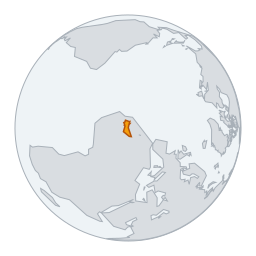 the Earth from above Adrar, rotated 107°
{"feature_id": "MRT-2795", "entity_name": "Adrar", "entity_type": "Region", "adm_level": 1, "iso_a3": "MRT", "parent_name": "Mauritania", "parent_adm1": "", "projection": "orthographic", "projection_center": [-10.597, 21.416], "detail": "fine", "context": "on_globe", "style": "filled", "palette": "amber", "viewbox_px": 256, "rotation_deg": 107, "n_neighbors": 0, "source": "natural_earth", "source_scale": "10m", "svg_char_len": 9112}
<svg xmlns="http://www.w3.org/2000/svg" viewBox="0 0 256 256"><g transform="rotate(107 128 128)"><circle cx="128" cy="128" r="113" fill="#eef3f6" stroke="#a8b0b8"/><path d="M34.1,65.8L25.7,80.9L26.5,79.1L34.1,65.8ZM56.6,40.9L59.4,38.7L56.9,40.7L59.6,38.6L63.0,36.1L64.5,35.0L78.4,27.0L87.9,22.8L97.1,19.7L106.6,17.4L105.9,17.5L111.2,16.7L107.9,17.7L95.2,21.5L94.6,22.8L85.1,28.9L87.4,28.4L85.2,30.8L86.9,31.1L84.7,32.5L88.0,31.7L89.7,30.4L91.8,29.7L93.0,29.9L90.3,31.5L89.3,31.7L89.2,32.3L87.3,33.1L88.9,32.8L85.5,35.0L90.6,33.2L89.3,35.3L86.6,36.7L84.7,36.0L73.6,38.6L70.2,40.3L67.4,43.2L66.9,49.3L64.1,51.7L62.0,55.4L64.5,54.1L67.1,50.9L71.3,49.8L73.9,46.3L76.0,45.5L79.7,42.4L81.5,43.6L81.3,46.5L78.4,49.2L78.2,50.7L82.9,48.8L79.3,55.0L80.2,61.3L79.1,63.0L73.3,64.5L68.4,62.2L60.9,65.4L68.2,64.2L65.1,69.0L65.6,70.3L67.1,70.8L69.2,69.4L68.7,71.4L61.3,73.0L61.7,71.1L64.0,70.6L61.7,69.7L56.7,71.4L55.6,74.0L49.3,74.7L48.4,76.8L46.5,78.2L48.4,74.9L44.9,81.1L37.3,84.9L32.4,96.2L34.6,86.0L33.8,83.6L32.4,82.1L31.5,83.9L30.8,80.2L28.1,81.8L24.0,89.8L21.7,97.3L22.8,100.3L24.5,97.3L26.1,98.5L21.9,107.3L24.2,112.1L22.2,119.5L22.4,124.4L24.3,125.0L26.1,128.6L28.4,125.3L31.6,124.8L30.6,131.1L33.3,126.4L34.5,130.5L41.6,133.8L40.8,134.9L46.7,145.2L54.7,151.4L56.6,156.6L55.4,159.1L58.6,160.8L58.7,162.7L72.8,169.1L81.3,175.2L81.8,181.4L76.4,187.0L75.2,200.1L66.4,201.9L66.8,206.6L64.4,212.0L58.7,209.4L63.0,213.7L62.0,214.8L59.1,213.6L60.9,215.9L58.8,214.9L61.9,217.2L62.1,218.7L66.1,221.7L67.2,222.8L69.9,224.5L69.0,224.0L59.9,217.7L59.2,217.1L57.9,216.2L54.5,212.9L54.4,213.1L48.0,206.2L45.0,201.1L36.6,183.1L34.1,178.4L28.9,171.1L22.3,152.8L22.8,147.5L21.9,143.8L24.9,137.3L25.0,128.3L24.1,126.3L22.8,128.6L20.8,120.4L21.2,113.0L21.2,93.1L22.5,88.9L24.6,83.8L34.9,64.6L39.7,58.1L44.9,52.0L50.5,46.2L56.6,40.9ZM30.6,99.8L33.4,108.8L30.4,107.4L31.2,106.8L30.8,103.7L29.6,99.9L27.3,99.2L30.6,99.8ZM35.1,95.3L34.5,94.3L35.3,94.8L35.1,95.3ZM65.0,34.7L62.9,36.2L59.3,38.8L60.8,37.6L65.0,34.7ZM72.0,30.3L71.5,30.6L68.9,32.1L72.0,30.3ZM78.4,42.1L79.0,42.3L78.0,42.7L78.4,42.1ZM79.4,40.7L77.8,41.1L78.1,40.5L79.0,40.2L79.4,40.7ZM81.3,40.3L78.7,39.4L79.2,38.4L83.2,36.7L81.3,40.3ZM120.3,15.6L120.6,15.6L118.8,15.7L120.3,15.6ZM89.8,30.0L88.0,31.3L88.4,30.0L89.8,30.0ZM89.5,29.4L87.8,27.1L91.0,25.4L91.0,26.4L94.3,24.3L96.7,24.6L95.4,25.8L92.9,26.8L95.7,26.2L89.5,29.4ZM120.4,15.7L121.4,15.7L119.9,15.8L120.4,15.7ZM92.6,29.3L92.0,28.9L94.8,27.4L96.5,28.0L95.1,28.3L92.6,29.3ZM93.9,23.8L96.3,22.9L98.9,22.8L100.2,22.5L97.0,24.5L93.9,23.8ZM95.1,28.7L97.4,28.3L97.2,29.3L93.5,29.7L95.1,28.7ZM94.7,26.8L96.1,26.2L95.9,26.7L94.7,26.8ZM97.7,32.8L96.9,32.1L98.2,31.3L97.7,32.8ZM98.3,28.1L98.3,27.8L98.8,27.4L100.2,27.4L98.3,28.1ZM99.1,24.4L99.7,24.6L100.5,23.5L102.5,23.6L100.1,25.0L102.0,24.4L102.6,24.4L99.9,25.6L99.1,24.4ZM103.0,26.4L100.6,28.4L101.8,29.8L100.6,30.5L98.8,28.3L103.0,26.4ZM101.4,25.8L102.1,26.3L100.3,26.9L98.7,26.9L101.4,25.8ZM104.8,23.2L102.4,22.7L103.0,22.5L104.8,23.2ZM103.8,26.6L104.3,26.1L104.1,26.6L103.8,26.6ZM104.9,24.1L103.9,23.9L104.7,23.6L104.9,24.1ZM106.3,25.4L105.5,26.0L104.3,26.0L106.3,25.4ZM105.9,24.7L107.2,24.3L104.4,25.6L105.4,24.6L105.9,24.7ZM105.7,23.8L105.9,23.6L106.0,23.9L105.7,23.8ZM111.1,25.2L107.8,26.9L105.3,26.8L108.8,25.2L111.1,25.2ZM70.1,224.6L75.0,227.4L74.7,227.2L70.1,224.6ZM74.2,226.6L75.5,226.9L76.6,227.5L76.1,227.5L74.2,226.6ZM231.2,82.8L231.9,84.5L236.3,98.6L238.8,108.8L239.5,114.8L235.7,103.2L232.2,94.3L232.0,96.6L227.1,91.4L222.1,96.3L220.3,94.4L219.6,96.6L216.0,96.0L213.0,92.7L211.3,94.2L219.2,102.7L220.9,101.2L220.8,95.8L222.8,99.3L226.2,101.0L226.2,113.0L217.0,128.6L214.4,121.3L198.6,104.2L198.1,101.7L197.9,101.4L197.6,101.0L198.0,105.3L194.7,101.9L205.0,114.5L207.4,120.6L216.9,129.2L216.4,130.7L219.0,132.1L225.0,125.2L225.4,127.8L223.6,141.8L213.7,163.0L214.1,173.0L211.7,182.1L203.4,190.7L202.0,196.9L197.4,200.5L195.7,204.2L190.8,208.9L183.4,214.0L173.2,216.6L174.2,213.7L171.7,208.7L168.8,194.6L173.2,186.6L173.0,180.8L165.4,168.8L167.2,160.9L164.7,158.0L159.9,159.5L156.8,156.1L153.7,156.4L133.1,161.0L125.8,156.3L114.7,140.8L117.6,134.3L116.4,126.8L135.4,100.0L141.5,100.9L158.8,95.1L161.3,95.6L161.5,101.6L176.2,106.0L178.3,100.4L189.5,101.4L195.5,99.3L193.8,88.0L183.9,91.3L180.1,86.8L186.2,79.7L194.6,77.4L193.3,75.6L186.3,73.2L186.3,69.0L183.6,72.1L186.1,73.5L184.4,75.7L182.1,74.6L182.2,73.0L179.1,73.1L179.4,80.8L181.9,83.1L175.1,86.5L178.7,90.7L177.5,93.5L171.0,87.4L170.2,84.8L159.6,79.2L159.9,82.2L169.8,87.8L167.5,87.8L167.9,92.4L165.8,88.8L154.9,82.4L147.5,85.6L141.3,98.0L136.3,99.6L130.7,98.0L129.7,86.5L141.0,84.3L140.8,80.7L135.8,76.2L139.6,76.1L139.0,74.2L142.9,73.3L145.9,68.0L149.5,66.8L148.1,61.0L149.7,59.8L150.1,63.5L152.3,65.6L161.0,63.4L161.9,61.8L160.3,58.4L162.9,58.4L160.2,55.4L164.0,53.0L157.1,53.6L155.0,50.1L155.9,46.9L153.9,46.0L152.6,51.3L153.1,53.4L155.6,55.0L156.0,61.5L153.6,63.2L148.5,57.2L144.4,59.1L142.2,54.1L147.3,41.9L150.7,39.1L161.9,40.9L162.6,43.2L158.9,43.5L164.7,46.1L163.1,44.5L165.2,44.7L163.8,41.8L165.2,41.8L161.3,39.2L162.9,38.9L165.4,40.6L164.6,36.6L167.3,35.7L166.4,34.8L164.7,34.1L169.3,33.6L168.4,33.0L166.6,32.9L163.7,31.8L160.4,29.7L162.2,29.6L163.6,30.3L169.2,32.0L172.8,34.3L173.2,34.1L170.5,32.1L163.6,30.0L161.1,28.8L164.3,29.5L163.0,29.1L162.3,28.5L163.3,27.9L159.7,27.2L149.8,21.8L150.6,20.6L154.6,21.5L149.5,18.8L150.9,18.3L149.2,18.1L145.6,17.2L145.1,17.3L144.1,17.2L134.7,15.7L133.8,15.5L127.9,15.4L127.0,15.4L127.3,15.4L120.6,15.6L120.3,15.6L128.4,15.4L136.6,15.7L144.6,16.6L152.6,18.1L160.5,20.1L168.2,22.8L175.6,25.9L182.9,29.6L189.8,33.8L196.4,38.5L202.7,43.7L208.6,49.3L214.0,55.3L219.1,61.7L223.6,68.4L227.6,75.5L231.2,82.8ZM131.3,113.4L131.4,115.7L131.3,113.4ZM205.1,80.4L209.0,78.7L204.2,73.2L205.3,72.2L203.3,70.9L203.9,72.9L198.5,69.1L199.0,66.4L197.0,64.0L195.6,64.5L195.5,70.2L203.2,75.5L203.6,78.6L205.1,80.4ZM41.9,133.8L42.6,135.4L41.4,134.9L41.9,133.8ZM29.2,109.7L30.1,110.6L30.4,112.0L29.5,111.7L29.2,109.7ZM38.9,116.2L40.4,117.6L38.6,117.2L38.9,116.2ZM34.0,110.1L37.7,115.3L34.3,115.4L32.0,112.2L34.0,112.9L34.0,110.1ZM33.1,98.5L33.6,99.5L32.9,100.4L33.1,98.5ZM35.7,95.8L35.4,95.7L35.5,94.5L35.7,95.8ZM65.5,68.9L66.1,68.9L67.3,69.7L66.1,70.1L65.5,68.9ZM76.9,69.3L75.8,72.6L75.7,70.4L73.7,71.4L71.2,68.4L78.3,63.7L75.5,66.3L76.9,69.3ZM69.7,63.4L70.5,65.6L69.3,63.4L69.7,63.4ZM131.4,65.4L133.6,66.3L133.4,68.7L128.8,71.0L129.1,67.5L131.4,65.4ZM136.8,67.1L133.0,61.1L135.7,59.7L134.9,61.4L137.0,61.1L136.2,63.9L142.5,68.9L142.7,71.3L134.1,73.7L136.8,71.5L134.4,70.6L136.8,67.1ZM118.6,50.9L117.0,49.0L124.9,48.3L125.5,50.1L121.0,52.3L117.6,51.4L118.6,50.9ZM89.0,37.9L87.8,37.8L88.6,37.3L90.1,36.9L89.0,37.9ZM97.2,32.6L94.7,38.1L93.3,38.2L93.5,41.7L89.8,43.3L89.8,40.9L87.1,45.1L85.7,43.5L84.3,46.4L84.6,40.9L83.2,39.9L86.2,40.3L89.6,38.7L90.6,37.8L92.5,34.5L91.0,32.1L94.2,30.4L96.8,29.9L97.6,30.2L95.3,31.1L98.1,30.9L95.4,32.5L97.2,32.6ZM125.5,29.1L122.4,29.3L127.5,30.6L124.8,31.6L125.6,31.7L124.5,33.1L124.5,35.0L123.0,35.3L123.7,36.0L123.0,37.0L123.3,38.1L120.7,39.1L121.0,40.5L119.6,40.2L120.8,42.4L118.7,41.3L117.6,42.7L120.2,43.1L105.2,47.5L100.4,50.8L97.6,54.3L94.5,52.3L95.1,47.8L98.0,42.9L103.0,40.3L100.7,40.0L102.4,38.7L103.5,39.5L102.8,37.6L104.5,36.8L107.1,33.4L105.0,31.5L105.9,30.3L107.6,30.7L107.3,29.3L111.0,29.3L111.7,28.5L116.1,27.8L118.9,29.2L119.5,28.3L122.8,27.9L125.5,29.1ZM112.3,25.1L116.3,26.1L116.7,27.3L108.9,28.0L107.7,28.7L102.7,29.5L102.1,27.9L103.6,27.8L104.9,27.3L104.6,28.0L105.8,27.1L107.9,27.0L109.5,26.3L110.3,26.8L112.3,25.1ZM162.9,93.0L164.6,92.9L167.0,92.1L167.2,95.2L162.9,93.0ZM155.4,88.7L156.7,88.0L158.2,91.7L156.5,91.9L155.4,88.7ZM156.2,84.7L156.7,87.7L155.3,86.2L156.2,84.7ZM151.2,62.8L152.5,62.1L153.2,62.8L153.0,64.2L151.2,62.8ZM140.0,34.2L138.2,33.9L138.2,33.4L135.3,31.7L137.0,31.0L139.5,31.8L140.0,34.2ZM192.9,90.4L191.9,93.0L190.7,92.4L191.3,91.6L192.9,90.4ZM179.5,94.4L183.2,94.8L179.6,95.2L179.5,94.4ZM141.4,33.1L139.9,32.5L141.7,32.5L141.4,33.1ZM138.1,30.4L140.0,30.3L136.9,30.7L138.1,30.4ZM223.1,174.7L214.3,192.2L211.3,193.9L212.3,189.9L216.6,179.9L220.7,175.3L223.2,170.1L223.1,174.7ZM239.0,109.6L239.8,114.6L240.0,116.4L239.0,109.6ZM154.3,28.1L156.5,31.0L159.2,33.1L162.5,34.1L158.7,34.2L154.5,30.9L154.3,28.1ZM150.1,22.5L147.2,22.0L147.8,21.6L148.6,21.7L150.1,22.5ZM148.8,22.6L146.5,23.2L144.4,22.6L146.7,22.2L148.8,22.6ZM144.1,27.6L144.6,28.5L143.2,28.4L144.1,27.6ZM122.1,15.6L121.4,15.7L121.2,15.7L122.1,15.6ZM143.9,17.3L142.4,17.1L142.2,16.9L143.9,17.3ZM138.1,16.6L139.4,17.0L137.3,16.6L138.1,16.6ZM142.4,17.8L139.6,17.1L143.4,17.8L142.4,17.8Z" fill="#d9dde1" stroke="#a8b0b8" stroke-width="1"/><path d="M121.2,128.1L121.7,128.1L122.3,128.1L122.7,128.1L123.0,128.1L123.3,128.1L123.6,128.1L123.6,127.8L123.5,127.6L124.7,128.1L127.7,127.8L135.3,122.3L135.4,122.7L135.4,123.0L135.5,123.3L135.5,123.5L135.5,123.8L135.6,124.0L135.6,124.3L135.6,124.5L132.9,131.2L132.8,131.3L127.2,131.4L126.5,131.9L126.4,132.3L126.0,132.1L125.6,132.4L124.8,132.9L124.5,133.2L124.1,133.6L123.1,132.7L121.3,132.7L121.3,132.1L121.3,131.8L121.5,128.5L121.4,128.5L121.2,128.1Z" fill="#f59e0b" stroke="#b45309" stroke-width="1.5"/></g></svg>